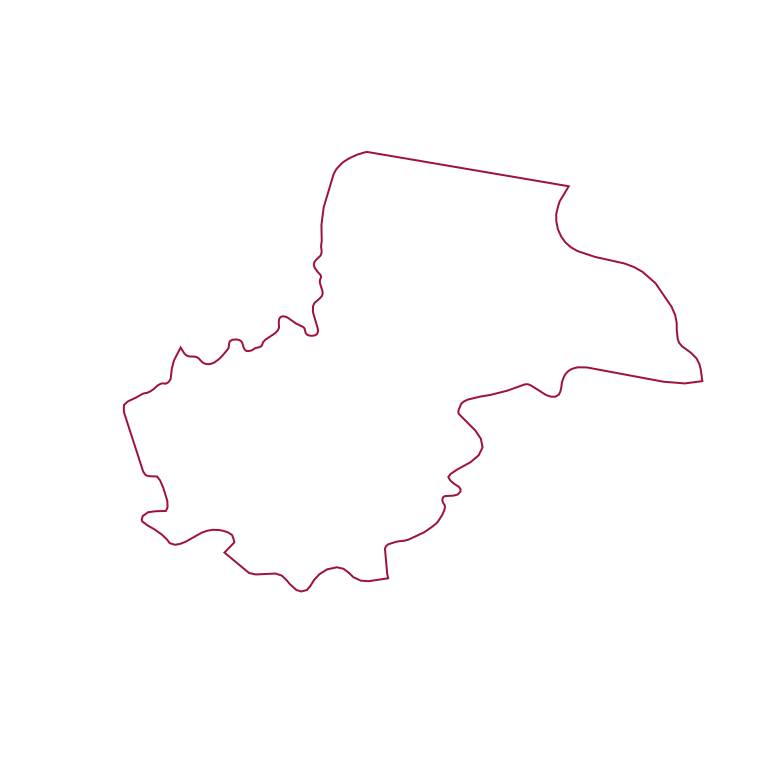 outline of Sidi Bel Abbès, rotated 231°
{"feature_id": "DZA-2146", "entity_name": "Sidi Bel Abbès", "entity_type": "Province", "adm_level": 1, "iso_a3": "DZA", "parent_name": "Algeria", "parent_adm1": "", "projection": "mercator", "projection_center": [-0.548, 34.822], "detail": "fine", "context": "isolated", "style": "outline", "palette": "rose", "viewbox_px": 768, "rotation_deg": 231, "n_neighbors": 0, "source": "natural_earth", "source_scale": "10m", "svg_char_len": 3346}
<svg xmlns="http://www.w3.org/2000/svg" viewBox="0 0 768 768"><g transform="rotate(231 384 384)"><path d="M540.3,248.9L534.0,248.1L531.4,248.2L529.4,249.0L527.6,250.4L524.7,253.8L523.0,255.2L520.9,256.1L515.6,256.4L513.5,257.1L511.6,258.3L510.0,259.8L508.6,262.2L507.5,265.4L507.2,271.3L507.5,274.9L509.0,283.1L509.8,285.9L513.1,289.3L514.2,291.2L513.9,293.8L511.7,297.1L509.5,299.0L507.3,299.9L505.1,299.7L500.8,297.9L498.4,297.4L496.2,297.9L494.7,299.6L493.4,302.4L492.8,306.9L491.1,310.1L490.6,312.6L491.3,314.3L492.5,316.1L493.1,319.3L492.0,331.3L492.5,335.3L493.8,337.9L497.6,340.6L499.3,342.1L500.6,343.7L501.1,345.7L500.4,347.9L498.2,349.9L495.9,351.0L486.6,353.6L478.8,357.2L476.9,357.1L473.1,355.3L470.9,355.2L469.1,356.1L467.4,357.6L466.1,359.4L465.1,361.4L465.0,363.6L466.6,366.1L468.9,367.5L483.4,373.5L485.5,374.7L488.9,377.6L490.1,379.5L490.8,381.7L490.9,387.7L491.5,391.2L492.9,393.3L495.1,394.7L502.2,397.5L503.9,398.5L504.8,399.3L505.8,400.8L506.7,402.3L508.0,403.2L510.0,403.2L512.3,403.0L517.4,403.2L519.5,403.8L521.4,404.9L522.7,407.0L523.3,410.3L523.7,415.5L525.3,418.1L527.4,419.8L529.6,421.0L531.3,422.4L534.3,425.6L546.9,435.4L559.2,448.2L578.9,477.1L580.6,481.2L581.2,483.5L582.1,490.9L582.0,493.7L581.1,499.9L579.0,507.8L576.2,514.7L574.9,517.0L421.4,652.0L415.5,635.7L412.7,631.3L407.5,624.6L401.8,620.2L394.8,616.5L387.1,614.5L379.8,614.1L372.6,615.3L365.2,618.2L349.8,628.1L326.5,646.6L317.9,651.7L308.4,655.5L291.4,658.4L263.2,656.1L254.7,653.8L247.4,650.0L241.6,645.4L234.5,640.8L230.5,639.3L225.9,639.3L215.1,642.2L207.1,643.0L200.6,641.5L195.6,639.1L185.9,633.2L195.1,618.2L209.8,602.7L269.2,552.1L275.1,545.0L276.7,541.5L277.9,537.8L278.0,534.7L277.8,532.8L277.1,530.1L276.4,528.4L274.2,524.7L272.8,522.8L268.9,518.7L267.1,516.2L265.7,513.2L266.3,509.1L269.2,505.7L273.5,503.0L289.8,497.5L292.7,496.1L293.8,495.1L295.1,493.2L301.2,475.7L308.5,459.9L313.8,450.6L319.2,439.2L320.2,434.8L320.1,431.7L317.0,425.9L315.7,424.3L313.8,423.3L290.1,425.7L280.5,424.8L272.8,420.8L269.0,412.7L268.8,402.0L271.5,387.0L272.2,379.1L271.2,375.4L267.2,374.8L262.2,375.7L257.3,377.4L254.3,377.4L252.3,375.8L251.7,371.9L253.3,368.1L258.7,360.5L258.7,358.2L256.9,356.1L254.9,355.3L253.4,355.0L252.0,355.0L250.2,354.2L248.0,351.5L245.6,346.8L243.2,339.6L242.7,336.8L242.8,330.8L243.5,321.8L247.8,304.5L247.9,304.4L249.3,301.4L253.4,294.9L256.8,286.3L256.6,283.2L255.4,281.1L234.3,266.9L233.1,266.4L230.4,265.0L240.5,247.8L245.8,242.2L253.2,238.6L259.2,237.9L265.8,236.3L271.2,232.1L275.8,223.0L276.8,214.0L275.7,206.3L273.4,199.7L272.4,194.4L274.8,189.2L278.9,186.3L287.6,184.9L293.2,184.8L299.4,184.0L305.0,180.4L316.6,164.6L322.0,160.2L353.4,153.9L355.1,168.0L358.6,169.7L362.3,170.9L367.0,169.3L370.9,166.8L374.6,163.7L378.5,159.1L381.3,154.1L383.2,148.7L386.3,130.4L388.0,125.1L390.4,120.6L393.6,118.3L395.5,117.3L399.3,117.5L406.8,116.6L415.3,114.2L422.8,111.3L429.3,109.6L431.2,110.5L433.2,113.4L432.8,120.0L428.8,126.5L422.6,134.6L424.4,138.2L429.6,142.1L442.2,147.1L449.9,149.3L454.9,149.4L460.6,143.0L463.3,141.4L467.4,141.7L525.1,163.9L528.0,165.8L531.4,168.8L531.6,174.3L529.5,182.9L528.2,190.5L527.3,192.5L526.2,194.4L525.4,197.4L525.0,201.4L525.3,207.4L524.8,210.2L524.0,212.2L522.6,213.5L521.3,215.3L521.1,218.0L522.2,221.4L529.4,228.7L534.4,235.4L540.3,248.9Z" fill="none" stroke="#9f1239" stroke-width="2"/></g></svg>